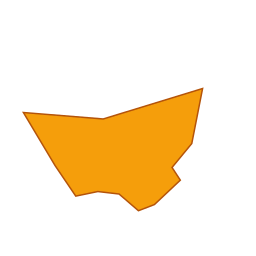 an SVG outline of Pembroke, rotated 322°
{"feature_id": "MLT-5934", "entity_name": "Pembroke", "entity_type": "state/province", "adm_level": 1, "iso_a3": "MLT", "parent_name": "Malta", "parent_adm1": "", "projection": "equal_earth", "projection_center": [14.475, 35.933], "detail": "fine", "context": "isolated", "style": "filled", "palette": "amber", "viewbox_px": 256, "rotation_deg": 322, "n_neighbors": 0, "source": "natural_earth", "source_scale": "10m", "svg_char_len": 318}
<svg xmlns="http://www.w3.org/2000/svg" viewBox="0 0 256 256"><g transform="rotate(322 128 128)"><path d="M55.1,51.4L114.0,105.6L211.1,142.8L168.7,179.5L138.4,186.2L137.1,201.3L101.7,204.6L85.3,199.6L80.3,174.5L65.1,159.5L44.9,149.5L47.4,112.7L55.1,51.4Z" fill="#f59e0b" stroke="#b45309" stroke-width="1.5"/></g></svg>